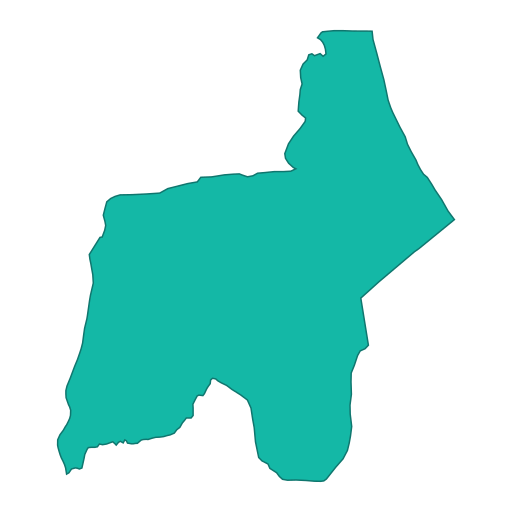 outline of Praek Pnov, Kândal, Cambodia
{"feature_id": "14789045B33152667021058", "entity_name": "Praek Pnov", "entity_type": "district", "adm_level": 2, "iso_a3": "KHM", "parent_name": "Cambodia", "parent_adm1": "Kândal", "projection": "robinson", "projection_center": [104.788, 11.648], "detail": "fine", "context": "isolated", "style": "filled", "palette": "teal", "viewbox_px": 512, "rotation_deg": 0, "n_neighbors": 0, "source": "geoboundaries", "source_scale": "gbopen_adm2", "svg_char_len": 3019}
<svg xmlns="http://www.w3.org/2000/svg" viewBox="0 0 512 512"><path d="M416.0,160.1L411.1,151.5L407.5,144.3L405.2,136.8L399.9,127.1L392.7,112.4L390.7,107.7L388.1,100.1L386.2,90.7L383.8,79.5L380.2,66.4L376.8,53.4L373.0,39.5L372.1,31.2L366.9,31.1L361.5,31.1L352.0,31.0L343.3,30.7L333.8,30.7L327.2,31.3L322.5,31.8L321.0,32.9L317.5,37.8L320.5,39.6L322.7,42.2L324.3,45.3L325.4,49.1L326.0,53.9L323.1,56.3L320.1,53.6L314.5,55.7L311.9,53.8L308.8,54.8L307.2,59.9L303.1,64.0L300.3,70.2L300.7,77.6L302.1,84.0L300.3,89.5L299.9,94.5L298.9,101.8L298.6,105.5L298.2,111.2L302.2,115.3L305.6,118.0L305.2,121.4L300.2,128.4L293.5,136.2L288.5,143.8L284.8,153.6L285.5,158.3L288.6,163.2L293.3,167.5L295.8,168.8L290.8,171.2L283.5,171.6L274.4,171.6L264.7,172.6L257.6,173.2L252.9,175.8L247.5,176.8L242.7,175.2L239.3,173.9L232.8,174.2L224.1,174.9L218.0,175.9L211.6,176.9L200.8,177.3L197.3,181.9L187.6,183.6L167.8,188.6L159.7,193.1L146.3,194.0L131.7,194.7L120.1,194.9L115.1,196.4L110.7,198.5L106.8,201.8L105.2,207.7L103.3,215.2L103.9,217.5L105.0,221.6L105.7,225.5L104.7,230.3L102.2,237.0L100.0,237.4L89.3,254.5L89.9,259.1L90.8,263.4L91.8,269.2L92.8,274.7L93.3,283.1L90.5,295.1L89.6,300.3L87.4,315.8L86.9,318.8L84.6,328.3L83.6,335.4L82.6,343.1L81.1,348.9L79.9,352.6L77.5,359.5L74.6,366.5L70.3,378.0L67.0,386.0L65.9,390.6L65.9,394.0L66.1,397.7L68.5,404.6L69.6,406.8L70.7,410.3L70.5,415.4L69.7,418.4L68.4,421.3L66.6,424.9L65.5,426.4L63.3,430.3L60.0,434.7L57.7,439.8L57.6,445.1L58.1,447.7L59.1,451.3L60.1,454.6L61.3,457.8L62.8,460.7L64.5,464.5L65.6,467.9L66.6,474.1L68.9,472.8L71.5,469.0L75.3,467.9L77.3,468.2L79.4,469.0L81.9,468.0L82.8,464.0L84.1,458.1L84.8,454.4L87.1,449.3L88.3,447.6L91.4,447.3L94.9,447.3L97.4,446.8L99.4,444.0L102.5,444.7L106.6,444.0L110.2,442.7L112.8,441.8L115.1,443.9L116.2,445.1L118.5,442.3L120.4,441.3L123.2,442.9L124.8,439.9L126.4,440.8L127.5,443.1L129.4,443.4L131.4,443.8L133.1,443.8L135.5,443.4L137.4,443.3L139.5,441.5L141.3,440.0L143.4,439.5L146.4,439.3L148.0,439.5L152.1,438.2L155.7,437.3L159.8,437.1L163.6,436.6L167.0,435.6L170.1,434.9L174.3,433.1L176.8,429.7L179.9,427.3L182.3,423.0L184.5,420.4L186.3,418.0L191.1,418.0L193.1,415.5L193.1,408.1L192.9,404.2L195.1,399.8L197.2,395.9L198.9,395.1L202.9,395.6L204.4,393.7L206.7,388.8L208.2,386.4L210.2,383.7L210.6,380.0L212.5,378.3L215.7,378.9L217.8,380.8L221.2,382.8L226.6,385.4L231.9,389.4L240.5,394.8L247.4,400.0L251.0,408.1L252.7,419.3L254.2,427.6L255.5,441.9L258.7,457.5L262.0,460.9L268.0,464.0L269.9,468.4L276.6,472.7L279.4,476.5L282.5,479.3L287.5,480.2L296.1,480.0L306.3,480.5L314.5,481.2L320.7,481.3L323.8,480.9L326.3,479.1L327.6,477.5L331.7,472.3L335.9,467.0L343.0,458.9L347.4,450.5L349.2,443.1L350.5,435.9L351.7,426.5L350.2,414.1L350.0,405.1L351.4,394.3L351.0,381.9L351.2,373.0L354.3,365.4L357.6,355.5L360.2,350.9L365.1,348.7L368.4,345.2L360.8,298.1L378.8,281.9L414.5,251.7L418.8,248.7L454.4,219.6L448.0,211.0L441.6,199.6L435.0,189.9L431.8,184.4L427.3,177.4L423.5,174.2L420.5,169.6L417.8,164.5L416.0,160.1Z" fill="#14b8a6" stroke="#0f766e" stroke-width="1.5"/></svg>